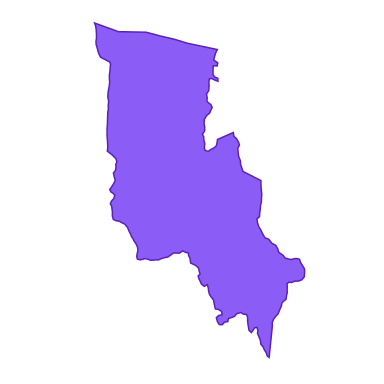 Jussiape, Bahia, Brazil (Natural Earth projection), rotated 190°
{"feature_id": "56859067B44005260140966", "entity_name": "Jussiape", "entity_type": "district", "adm_level": 2, "iso_a3": "BRA", "parent_name": "Brazil", "parent_adm1": "Bahia", "projection": "natural_earth1", "projection_center": [-41.617, -13.496], "detail": "fine", "context": "isolated", "style": "filled", "palette": "violet", "viewbox_px": 384, "rotation_deg": 190, "n_neighbors": 0, "source": "geoboundaries", "source_scale": "gbopen_adm2", "svg_char_len": 3351}
<svg xmlns="http://www.w3.org/2000/svg" viewBox="0 0 384 384"><g transform="rotate(190 192 192)"><path d="M87.3,42.5L89.6,73.9L90.3,77.6L89.6,80.8L88.1,83.8L86.2,86.7L85.6,89.2L85.1,91.7L84.2,94.8L84.2,98.3L82.7,100.5L80.8,102.6L80.9,106.6L80.7,109.5L81.4,112.7L81.8,115.7L82.5,118.1L81.0,120.0L78.4,120.1L75.5,121.9L71.3,122.9L68.5,124.7L66.7,128.0L67.1,132.3L67.8,135.7L70.5,138.9L73.0,141.7L74.4,144.4L76.9,144.7L79.1,144.3L82.8,142.7L85.7,142.8L88.8,143.1L91.2,145.4L93.5,146.5L96.0,147.6L97.7,150.9L100.3,154.1L104.3,155.3L108.2,158.8L112.3,159.6L115.3,163.3L117.8,166.7L120.2,169.4L122.1,173.0L123.4,176.9L121.2,179.4L121.7,183.5L121.8,187.6L122.2,190.5L121.9,194.1L122.6,198.5L122.8,201.4L123.8,205.0L124.8,208.7L125.4,211.5L126.1,215.2L145.3,221.1L147.5,225.0L149.0,227.8L149.7,231.1L152.0,234.7L152.9,237.1L153.6,239.5L154.5,243.2L153.4,246.3L154.5,248.7L156.1,250.7L157.9,252.7L160.4,254.0L161.6,257.8L176.0,248.2L175.9,244.5L176.1,241.6L178.4,238.9L180.7,237.3L183.2,234.7L186.5,235.4L187.5,237.7L187.8,241.9L189.5,245.7L190.0,248.3L191.7,250.5L190.1,254.6L190.9,258.5L192.1,262.0L192.4,265.6L190.9,269.8L188.4,272.7L187.6,276.0L186.8,278.8L188.6,281.4L191.2,282.6L193.2,284.2L193.3,287.1L194.7,291.1L193.1,294.7L193.6,299.6L194.5,303.6L194.6,306.4L192.1,307.2L188.8,306.1L185.7,305.6L186.3,308.5L189.4,309.1L191.6,311.1L192.6,316.4L192.9,320.0L189.1,320.5L189.1,323.7L193.5,325.7L193.3,329.1L192.9,332.9L191.8,336.7L222.2,337.7L236.2,339.4L249.7,340.1L264.9,341.4L282.2,338.7L285.6,338.2L292.2,337.1L317.3,341.5L315.8,339.0L314.6,335.4L313.5,330.9L312.8,327.0L312.7,323.5L311.8,320.0L310.3,317.2L309.0,314.2L306.9,310.7L305.3,308.8L303.0,308.0L300.9,307.5L298.3,306.5L296.1,306.0L294.4,304.1L294.2,300.7L293.8,296.4L293.7,293.0L293.0,289.0L292.2,286.1L291.9,281.7L292.0,277.9L291.8,274.0L291.3,270.6L289.8,266.8L289.5,262.3L288.8,259.4L288.8,255.8L288.3,252.3L287.7,248.2L287.1,244.1L286.7,239.8L286.0,236.2L285.5,232.9L284.1,227.6L283.3,224.0L282.7,221.5L282.5,217.5L277.4,214.9L272.8,211.7L271.2,208.6L271.9,206.1L271.2,203.5L271.1,200.1L272.7,197.0L271.2,193.4L269.6,190.1L270.7,186.4L272.1,182.9L273.5,180.2L271.8,178.0L269.4,176.9L267.5,175.6L267.9,172.0L269.7,169.1L270.4,166.2L268.8,164.3L267.9,161.7L266.9,158.4L266.3,154.6L264.7,151.3L261.6,150.5L258.5,150.6L256.0,149.6L252.8,148.8L249.5,146.1L246.9,142.1L245.1,139.7L243.7,137.4L241.9,135.7L240.5,133.6L238.0,131.1L236.0,128.0L235.1,125.1L235.3,122.1L235.3,119.0L234.1,116.4L231.1,116.2L229.0,117.1L226.6,118.3L223.7,118.1L221.1,117.6L217.7,118.3L215.5,119.0L213.2,119.3L211.2,120.7L207.8,122.5L204.5,123.7L201.5,126.7L199.7,128.7L196.7,129.2L194.0,129.5L191.0,132.3L187.4,131.4L185.0,131.4L184.3,128.8L182.4,126.2L181.0,121.8L175.8,120.4L172.4,118.3L171.1,115.1L169.8,112.6L171.4,110.4L170.0,107.5L168.2,105.2L166.7,102.9L163.5,101.2L160.8,103.4L159.2,100.1L158.5,97.4L157.0,94.2L154.9,91.9L152.2,89.6L151.1,86.8L149.9,83.7L148.7,80.9L145.2,80.9L142.1,79.4L141.1,76.3L144.3,75.0L146.2,72.5L144.5,68.8L142.1,66.1L139.1,66.6L137.4,69.5L134.3,70.5L134.0,73.8L130.8,75.5L128.5,76.9L126.9,79.9L122.9,81.8L120.2,80.6L116.9,80.8L115.4,78.0L115.0,75.2L113.9,71.4L111.8,65.6L109.1,63.9L107.9,66.4L106.7,69.2L104.4,69.9L103.0,66.8L103.0,64.2L101.1,61.3L98.9,57.8L97.8,54.1L95.1,51.8L93.2,48.9L91.3,47.0L89.4,43.6L87.3,42.5Z" fill="#8b5cf6" stroke="#5b21b6" stroke-width="1.5"/></g></svg>